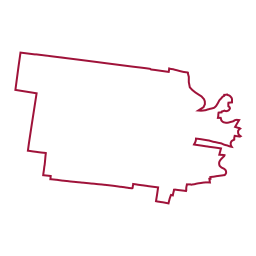 Valea Stanciului, Dolj, Romania (Natural Earth projection)
{"feature_id": "2599482B21688780573777", "entity_name": "Valea Stanciului", "entity_type": "district", "adm_level": 2, "iso_a3": "ROU", "parent_name": "Romania", "parent_adm1": "Dolj", "projection": "natural_earth1", "projection_center": [23.871, 43.972], "detail": "fine", "context": "isolated", "style": "outline", "palette": "rose", "viewbox_px": 256, "rotation_deg": 0, "n_neighbors": 0, "source": "geoboundaries", "source_scale": "gbopen_adm2", "svg_char_len": 5734}
<svg xmlns="http://www.w3.org/2000/svg" viewBox="0 0 256 256"><path d="M209.9,182.5L209.8,182.0L209.6,180.1L209.5,179.7L209.5,179.4L209.4,178.9L209.9,178.9L210.5,178.8L210.3,177.1L210.8,177.0L212.3,176.8L212.8,176.8L213.7,176.7L216.4,176.2L216.8,176.1L218.0,176.0L218.5,175.9L222.4,175.4L224.2,175.1L224.6,175.1L224.9,174.9L225.4,174.3L225.7,173.7L226.1,173.0L226.1,172.8L226.1,172.5L226.1,172.1L226.0,171.2L225.8,170.7L225.6,170.2L225.2,169.8L224.5,169.1L224.1,168.8L223.7,168.6L222.5,168.0L221.6,167.6L221.2,167.3L220.8,166.9L220.3,166.5L220.0,166.2L219.7,165.9L219.6,165.5L219.4,165.2L219.2,164.3L219.2,163.7L219.1,163.2L219.2,162.5L219.4,161.7L219.9,160.8L220.1,160.4L220.5,159.9L221.2,159.0L221.7,158.5L223.2,157.0L224.0,156.3L224.2,155.9L224.5,155.5L224.5,155.4L224.5,155.1L224.0,155.1L222.4,154.9L220.2,154.8L219.3,154.7L219.5,154.1L219.8,152.7L220.0,152.1L220.4,150.7L220.5,150.1L220.7,149.4L220.9,148.8L221.0,148.4L220.5,148.3L219.7,148.2L218.5,148.1L218.3,148.0L213.9,147.4L209.2,146.8L206.9,146.4L206.5,146.4L205.2,146.2L202.1,145.7L195.8,144.8L194.0,144.5L194.4,143.7L194.8,143.2L195.0,142.6L195.3,142.0L195.5,141.6L195.7,140.8L196.0,139.3L196.0,138.6L198.0,138.8L200.9,139.2L207.5,140.3L209.0,140.5L213.3,141.8L215.3,142.1L217.0,142.5L218.2,142.8L220.4,143.2L221.4,143.4L222.4,143.9L223.0,144.2L224.2,144.7L225.6,145.1L226.6,145.3L227.4,145.5L229.1,146.2L230.6,146.6L231.7,146.8L231.2,146.0L230.8,145.0L230.7,144.0L230.7,143.0L231.2,141.7L231.7,141.0L233.2,140.1L234.2,139.7L234.3,139.3L234.3,139.0L234.2,138.5L234.2,138.2L234.7,135.8L235.0,135.8L236.2,136.1L237.9,136.3L239.2,136.5L239.9,136.6L240.6,136.2L239.8,135.6L239.1,134.9L238.5,134.1L238.2,133.4L238.1,132.5L238.1,131.6L238.1,130.9L238.6,130.1L239.2,129.3L240.2,128.6L239.5,128.1L238.0,127.8L236.7,127.4L235.1,126.9L238.0,121.9L239.1,120.1L238.3,120.0L237.2,119.9L236.1,119.9L234.9,120.2L234.1,120.6L233.7,121.1L231.8,121.7L230.8,121.9L229.5,122.3L228.0,122.7L226.6,122.8L225.5,122.7L224.7,122.5L223.7,122.3L222.9,121.9L222.3,121.4L221.4,120.5L220.7,117.9L217.9,117.9L218.0,117.4L218.2,116.4L218.3,115.6L218.3,115.1L218.3,114.6L218.4,113.9L218.5,113.0L218.6,112.6L219.6,112.5L221.5,112.4L221.6,111.9L221.7,111.6L222.0,111.4L222.3,111.4L222.7,111.3L223.1,111.1L223.8,110.9L224.4,110.6L224.6,110.7L224.9,110.9L225.8,111.1L226.9,111.1L227.6,110.8L228.4,110.5L228.9,110.1L229.5,109.2L229.9,108.6L229.8,108.1L229.7,107.4L229.3,107.0L228.7,106.6L228.4,106.4L228.3,104.1L228.3,103.5L228.5,102.9L228.5,102.7L232.0,102.4L232.0,99.3L232.0,99.1L231.9,98.8L231.8,98.6L231.6,97.9L231.2,97.3L231.0,97.1L230.8,97.0L230.7,96.8L230.4,96.4L229.8,95.9L229.7,95.8L229.4,95.6L229.1,95.5L228.7,95.3L228.5,95.2L228.3,95.2L227.9,95.1L227.7,95.0L227.4,94.8L227.1,94.5L226.9,94.6L226.7,94.6L226.4,94.7L226.1,94.7L225.7,94.8L224.6,94.9L224.3,94.9L224.2,94.9L224.1,95.3L224.1,95.9L223.8,96.0L223.3,96.3L222.8,96.6L222.5,96.8L221.9,97.5L221.6,97.9L221.0,98.6L220.3,99.3L219.7,99.9L219.4,100.3L219.2,100.6L217.9,103.1L216.3,105.7L215.8,106.3L214.5,107.5L214.2,107.7L213.5,108.0L213.1,108.1L211.6,108.5L210.7,108.7L209.7,108.9L209.3,109.0L208.9,109.2L208.5,109.3L208.2,109.3L206.7,109.8L206.2,110.0L205.5,110.2L203.2,110.5L201.0,110.7L198.3,110.5L203.5,107.2L204.9,104.2L204.8,101.3L204.0,99.2L201.5,96.4L199.1,94.9L195.3,92.4L192.2,89.9L189.8,87.3L188.8,82.1L188.8,76.9L188.0,73.8L187.9,72.6L187.7,72.5L183.3,71.9L179.6,71.0L177.1,70.3L174.6,69.7L173.0,69.2L171.9,69.1L170.6,68.9L169.4,68.6L169.2,68.5L169.1,68.9L169.0,70.3L168.8,71.3L168.7,71.9L160.1,70.7L157.3,70.3L154.5,69.9L152.7,69.7L151.0,69.5L150.7,69.3L150.6,69.2L150.4,69.0L150.2,68.9L149.9,68.8L146.5,68.3L140.9,67.6L136.5,67.1L131.5,66.5L125.3,65.7L105.8,63.2L97.5,62.1L78.8,59.7L68.4,58.4L36.4,54.4L34.8,54.4L20.5,52.6L18.5,66.6L15.4,89.9L36.6,93.3L31.5,126.2L29.0,142.7L27.9,150.7L29.5,150.9L32.7,151.4L36.6,151.9L37.9,152.1L41.0,152.5L42.8,152.7L44.3,152.8L45.8,153.0L45.8,153.3L45.5,155.9L45.4,156.8L45.3,158.1L45.2,159.4L45.0,161.1L45.0,161.6L44.9,162.5L44.6,165.2L44.5,165.6L44.4,166.1L44.2,167.5L44.1,168.5L43.8,170.8L43.7,171.4L43.4,173.4L43.2,175.2L50.0,175.9L50.7,176.0L50.4,179.2L50.7,179.2L52.7,179.4L54.7,179.6L55.6,179.7L56.7,179.8L57.0,179.8L58.7,180.1L62.2,180.6L63.5,180.7L66.4,181.0L67.7,181.1L69.0,181.3L70.6,181.5L73.8,181.8L75.0,181.9L75.5,182.0L76.2,182.0L76.7,182.1L78.9,182.3L79.5,182.3L81.7,182.6L83.4,182.7L85.3,182.9L87.2,183.1L88.3,183.2L89.3,183.3L90.0,183.4L90.9,183.5L91.9,183.6L92.7,183.6L93.1,183.7L93.9,183.7L95.6,183.9L97.2,184.1L98.2,184.2L99.5,184.3L100.4,184.4L100.9,184.4L101.0,184.4L103.6,184.7L104.5,184.8L105.1,184.9L105.8,184.9L106.3,185.0L108.4,185.2L110.0,185.4L112.7,185.7L115.0,186.0L116.2,186.2L117.1,186.3L120.2,186.8L121.2,186.8L122.3,187.0L123.4,187.1L124.2,187.2L125.8,187.5L126.6,187.6L127.3,187.7L128.1,187.8L128.8,188.0L130.2,188.1L131.0,188.2L131.9,188.3L132.4,188.2L132.5,188.1L132.6,187.8L132.9,185.7L133.2,184.3L133.2,184.0L136.2,184.4L137.8,184.7L140.1,185.0L141.5,185.2L143.4,185.4L144.7,185.6L147.0,185.9L147.9,186.1L158.1,187.4L157.0,195.0L156.0,201.2L156.5,201.3L158.0,201.6L159.6,201.8L161.2,202.1L162.3,202.2L164.0,202.5L165.5,202.8L168.5,203.4L169.0,201.2L169.3,200.1L169.5,199.3L169.7,198.5L170.9,195.1L171.0,194.9L172.8,195.4L173.1,193.8L173.7,191.3L173.8,191.2L173.9,190.4L174.0,189.7L175.1,189.6L177.9,190.0L184.0,190.7L186.0,191.0L186.1,190.6L186.2,190.3L186.3,190.1L186.2,189.8L186.3,187.4L186.6,186.0L186.6,185.8L186.7,185.6L186.8,185.3L186.9,184.4L187.9,184.4L189.5,184.4L190.4,184.4L190.9,184.6L191.5,184.7L192.2,184.5L193.9,184.3L195.0,184.1L195.9,183.8L196.8,183.6L198.4,183.3L200.2,183.1L201.5,182.9L202.7,182.7L204.0,182.5L204.5,182.5L205.4,182.4L205.8,182.4L206.0,182.4L208.0,182.4L209.9,182.5Z" fill="none" stroke="#9f1239" stroke-width="2"/></svg>